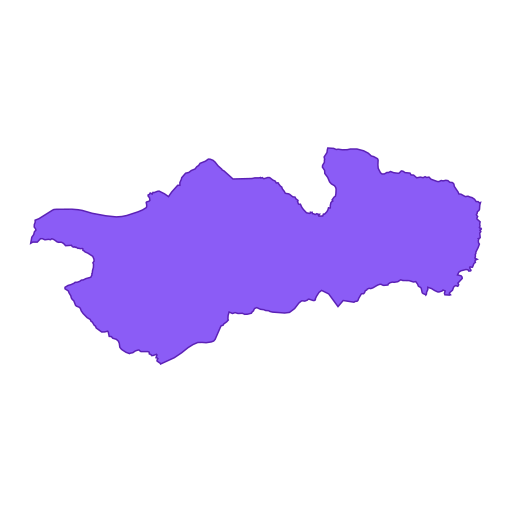 outline of Chimbo, Bolivar, Ecuador
{"feature_id": "8360857B60997464812695", "entity_name": "Chimbo", "entity_type": "district", "adm_level": 2, "iso_a3": "ECU", "parent_name": "Ecuador", "parent_adm1": "Bolivar", "projection": "albers", "projection_center": [-79.114, -1.677], "detail": "fine", "context": "isolated", "style": "filled", "palette": "violet", "viewbox_px": 512, "rotation_deg": 0, "n_neighbors": 0, "source": "geoboundaries", "source_scale": "gbopen_adm2", "svg_char_len": 6041}
<svg xmlns="http://www.w3.org/2000/svg" viewBox="0 0 512 512"><path d="M30.7,243.3L32.7,242.1L37.3,242.1L40.5,238.7L42.4,238.7L44.9,239.8L48.4,239.3L50.6,239.7L51.6,238.8L52.1,238.8L54.3,239.8L57.1,241.9L58.6,242.3L61.2,242.2L62.2,242.6L63.6,243.5L65.6,245.7L71.5,245.3L72.2,246.5L73.4,247.1L74.5,246.8L75.2,247.4L75.9,247.1L78.0,248.4L78.6,248.2L80.3,248.7L82.3,248.5L82.9,248.9L82.9,250.3L84.3,251.1L85.0,251.9L87.8,253.1L92.7,256.3L93.9,259.0L94.1,261.1L92.9,262.8L93.5,264.2L93.4,267.4L92.5,270.6L92.3,273.1L91.9,273.5L91.9,275.1L90.7,277.3L85.9,278.6L83.3,279.9L81.4,280.1L79.6,281.4L77.1,282.3L75.1,282.3L74.1,283.2L70.8,284.7L68.1,285.4L65.0,287.3L65.0,288.8L68.4,291.0L69.0,292.8L70.8,295.8L71.3,297.9L72.3,299.5L73.8,300.8L75.5,305.2L76.4,306.1L79.1,307.2L80.3,308.3L81.2,310.8L83.1,313.5L87.1,317.6L90.3,319.5L90.9,321.1L92.4,322.2L94.3,325.4L95.5,326.1L96.2,328.0L101.7,332.0L104.8,331.9L107.7,331.2L108.3,332.2L109.2,336.4L111.4,336.6L112.7,338.2L116.3,339.3L118.4,341.2L119.3,343.4L119.8,347.2L120.9,348.7L122.1,349.8L126.0,352.3L129.5,353.6L130.2,353.2L132.8,352.7L135.4,350.9L138.3,350.0L139.1,350.1L140.5,351.4L141.2,351.6L147.7,351.6L148.9,351.9L149.2,352.4L149.3,353.9L151.0,354.6L151.6,355.6L153.1,355.5L156.5,354.3L157.0,355.0L156.0,357.7L157.3,358.0L157.9,358.6L157.0,360.2L157.1,361.1L160.4,363.4L160.6,364.0L174.3,357.7L181.6,352.8L188.1,347.6L193.1,344.5L197.7,342.5L202.0,342.4L206.1,342.7L211.4,341.9L213.7,341.0L215.1,339.4L220.9,326.1L221.7,325.6L223.0,325.3L223.7,324.0L226.7,321.8L228.3,320.0L227.9,319.2L228.1,315.5L229.1,312.0L232.5,313.5L235.1,312.6L238.0,313.5L242.4,313.3L244.7,314.3L247.5,314.2L251.4,313.2L252.2,311.9L253.5,310.8L254.0,309.4L254.8,308.4L256.8,307.6L260.5,309.3L263.9,309.7L265.6,310.5L268.6,310.7L270.0,311.5L272.6,312.1L284.6,313.0L289.5,312.4L294.6,308.6L298.9,303.0L301.4,301.0L302.2,300.8L304.8,301.1L307.2,300.2L308.2,299.3L308.9,299.1L312.8,300.4L314.0,300.6L315.1,300.1L315.4,299.6L315.2,299.1L316.5,296.3L319.0,292.4L321.6,290.4L328.7,293.9L338.0,306.6L343.2,300.5L354.0,302.2L354.9,301.5L357.1,301.2L357.9,300.5L358.8,298.2L361.2,294.1L361.8,293.7L363.6,293.7L364.5,292.7L365.3,290.7L366.7,290.0L367.3,289.1L369.1,288.3L370.7,288.6L372.8,287.9L377.6,285.1L379.8,284.3L381.2,284.3L382.3,285.0L383.7,285.4L387.9,285.0L388.3,283.9L390.1,282.7L392.4,282.1L394.1,282.3L397.8,281.7L400.7,279.8L402.8,280.5L409.1,280.6L413.5,282.0L415.7,281.6L417.5,284.0L418.4,286.2L420.5,287.4L421.2,288.3L422.2,292.7L423.0,293.5L425.5,294.6L425.8,295.1L426.4,294.2L426.6,292.2L427.8,289.6L427.8,287.3L431.6,288.6L434.4,290.4L437.6,291.9L438.9,292.0L442.1,291.0L443.0,290.0L445.2,291.0L444.4,293.2L444.9,294.8L449.5,295.1L450.5,294.8L449.4,293.5L449.5,292.8L452.5,290.2L453.6,287.2L454.5,286.2L455.9,285.6L457.6,286.3L458.0,286.1L458.7,284.7L457.9,283.1L462.2,278.5L462.1,277.1L461.1,275.8L457.5,274.9L458.9,272.1L460.9,270.8L466.0,269.5L468.0,269.8L468.8,271.1L470.6,270.9L471.0,270.2L469.9,268.5L469.7,267.2L470.2,266.9L472.2,267.3L472.5,267.1L474.0,263.4L475.4,262.4L475.0,261.1L475.2,260.2L477.2,259.3L475.3,258.4L474.9,257.9L475.4,256.7L475.3,254.4L475.8,253.6L475.9,252.0L478.1,247.6L479.4,244.1L478.5,242.7L478.3,240.7L478.8,239.3L478.3,238.6L479.7,238.2L480.2,237.5L479.7,233.1L480.8,231.7L479.9,230.2L480.9,229.6L481.3,228.9L480.9,228.2L479.8,228.1L479.4,227.5L480.0,225.9L479.7,224.2L480.1,221.8L477.0,219.0L476.9,218.1L477.7,216.5L476.6,215.3L476.4,214.6L477.1,213.5L477.4,211.7L478.9,210.5L479.5,209.3L479.8,205.1L480.5,202.5L479.4,202.9L478.1,201.6L476.2,201.6L474.5,199.2L472.1,197.6L469.9,197.0L468.0,196.2L465.3,196.6L461.0,194.2L458.8,193.9L458.2,192.2L454.3,186.4L453.9,184.2L453.4,183.4L452.2,182.5L449.8,182.3L447.9,180.6L445.8,180.3L443.0,180.9L441.2,180.5L438.9,181.6L437.3,181.5L431.0,179.2L429.0,177.1L426.7,177.5L425.1,176.7L423.1,177.7L420.4,177.1L416.7,177.8L413.6,175.1L411.0,174.9L410.0,173.1L404.9,172.6L403.4,171.4L401.7,170.9L401.0,171.2L399.3,173.0L398.3,173.3L393.7,172.7L390.5,171.5L388.6,172.5L386.8,172.5L384.5,173.9L382.1,174.0L380.5,172.8L378.2,168.3L377.9,164.8L378.1,160.1L377.5,158.7L373.7,156.6L371.3,156.0L368.3,153.2L363.7,150.8L356.9,149.0L350.4,149.0L347.2,149.7L342.5,149.8L338.2,149.2L336.2,149.5L333.7,148.4L327.8,148.0L327.3,149.9L327.0,152.5L324.1,157.0L324.7,159.4L324.4,160.0L324.4,162.3L322.6,165.3L322.4,167.1L324.6,170.4L324.8,173.5L327.7,177.4L329.6,181.9L331.4,183.9L334.5,185.7L335.7,187.5L336.1,189.2L335.9,193.7L335.4,196.2L334.0,197.2L332.1,199.9L332.8,201.0L331.6,201.8L330.9,202.7L330.3,205.4L330.3,207.8L330.0,208.1L328.5,207.8L327.9,209.9L326.9,211.7L324.6,214.1L323.4,214.1L322.7,216.0L318.9,216.1L318.5,215.6L319.5,214.3L318.2,214.3L316.8,213.7L315.2,214.5L314.5,214.3L314.0,213.9L312.5,213.6L312.1,212.3L311.6,212.5L310.4,212.2L310.3,213.1L309.5,213.4L306.5,212.8L303.4,209.5L301.8,207.3L300.4,204.2L299.0,204.3L298.4,203.9L297.5,201.4L298.0,200.9L298.0,200.4L295.8,198.7L295.0,197.1L292.7,196.8L289.6,194.3L288.5,193.8L285.8,193.4L285.1,193.0L284.3,191.4L282.3,188.8L281.8,187.1L280.4,186.1L278.5,183.7L278.4,183.1L278.0,182.8L276.3,183.0L275.2,181.1L272.8,180.0L269.7,177.6L267.8,177.5L264.3,178.6L263.5,178.6L262.3,177.6L260.9,178.1L260.5,177.5L259.1,177.9L254.8,177.9L252.0,178.5L233.0,179.0L224.0,170.9L222.1,169.9L221.8,169.2L218.0,165.8L215.0,162.0L213.0,160.3L210.2,159.2L208.3,159.1L205.4,161.2L200.1,163.3L198.6,165.5L196.8,166.7L195.0,169.0L191.3,170.5L188.9,172.4L185.6,173.2L181.7,177.7L181.4,179.2L179.9,182.5L179.9,185.3L177.7,185.3L171.7,192.0L168.5,196.6L164.5,193.8L159.1,191.1L157.5,191.3L154.1,192.6L153.0,192.4L152.1,194.1L150.7,193.1L150.1,193.1L149.5,194.3L148.1,195.0L148.1,196.0L149.5,197.8L149.9,200.4L149.0,201.2L146.5,202.0L146.2,202.5L146.7,205.0L146.6,206.9L146.3,207.6L142.6,209.9L138.1,211.8L126.8,215.5L121.9,216.5L116.3,216.9L105.8,215.8L92.2,213.3L82.2,210.4L78.0,209.7L71.8,209.2L56.3,209.3L53.9,209.5L52.6,210.1L38.9,218.7L35.1,220.2L35.2,222.2L34.3,224.6L34.2,227.0L35.6,228.9L35.9,230.1L34.4,231.8L33.7,234.6L31.8,237.2L30.7,243.3Z" fill="#8b5cf6" stroke="#5b21b6" stroke-width="1.5"/></svg>